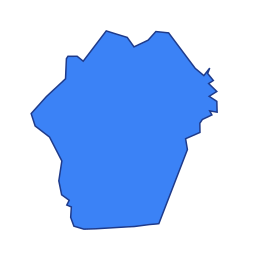 Wayne, Kentucky, United States of America (Equal Earth projection), rotated 351°
{"feature_id": "52423323B81930559101478", "entity_name": "Wayne", "entity_type": "district", "adm_level": 2, "iso_a3": "USA", "parent_name": "United States of America", "parent_adm1": "Kentucky", "projection": "equal_earth", "projection_center": [-84.809, 36.8], "detail": "fine", "context": "isolated", "style": "filled", "palette": "blue", "viewbox_px": 256, "rotation_deg": 351, "n_neighbors": 0, "source": "geoboundaries", "source_scale": "gbopen_adm2", "svg_char_len": 718}
<svg xmlns="http://www.w3.org/2000/svg" viewBox="0 0 256 256"><g transform="rotate(351 128 128)"><path d="M34.6,98.6L36.6,111.5L49.1,124.7L57.5,150.2L51.4,169.4L52.0,183.6L58.6,190.2L55.5,194.5L59.7,197.1L57.4,207.3L59.2,216.5L68.6,221.0L80.4,222.5L112.5,225.6L118.8,226.3L133.8,226.7L140.8,227.2L143.5,227.3L183.3,158.6L183.2,147.6L198.4,143.6L199.7,134.5L202.8,131.2L212.9,128.2L211.4,123.9L218.5,126.3L219.9,115.6L213.1,109.4L221.4,105.8L214.6,96.7L219.7,94.4L215.2,86.6L218.1,81.6L211.1,88.1L203.7,79.6L183.0,40.4L170.6,37.1L161.6,44.4L146.6,48.8L141.4,38.4L132.0,33.8L121.7,28.7L94.2,55.0L89.0,49.2L79.9,47.8L78.0,49.9L74.0,69.6L52.3,84.2L34.6,98.6Z" fill="#3b82f6" stroke="#1e3a8a" stroke-width="1.5"/></g></svg>